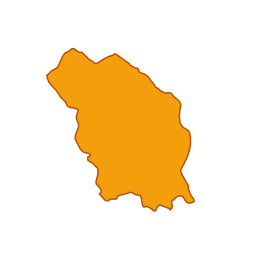 map outline of Kayah (Robinson projection), rotated 150°
{"feature_id": "MMR-2473", "entity_name": "Kayah", "entity_type": "State", "adm_level": 1, "iso_a3": "MMR", "parent_name": "Myanmar", "parent_adm1": "", "projection": "robinson", "projection_center": [97.388, 19.239], "detail": "fine", "context": "isolated", "style": "filled", "palette": "amber", "viewbox_px": 256, "rotation_deg": 150, "n_neighbors": 0, "source": "natural_earth", "source_scale": "10m", "svg_char_len": 2934}
<svg xmlns="http://www.w3.org/2000/svg" viewBox="0 0 256 256"><g transform="rotate(150 128 128)"><path d="M185.8,85.3L183.5,85.6L182.5,87.2L182.4,89.6L182.6,92.1L183.0,93.8L183.4,94.4L183.5,95.1L182.8,97.0L181.8,98.4L178.1,102.0L174.4,107.5L174.5,108.5L175.3,111.0L175.5,112.2L176.2,115.3L177.7,117.7L178.8,120.0L177.9,122.5L176.8,123.0L175.5,122.9L174.5,123.1L174.1,124.4L174.7,125.6L177.7,128.3L178.7,129.5L179.5,131.9L179.8,134.2L179.3,144.3L178.5,146.1L177.0,148.1L170.0,154.0L168.8,156.4L168.1,161.3L167.3,163.3L165.7,165.2L163.3,167.1L162.2,168.3L162.6,169.9L165.2,172.6L167.9,174.8L169.0,176.2L169.5,177.8L169.1,181.2L169.2,182.3L170.6,187.0L170.9,189.3L171.0,192.2L171.5,197.0L172.8,202.1L173.6,207.4L172.7,212.5L172.0,214.0L171.7,214.3L171.2,214.1L165.8,215.7L159.9,215.5L157.7,216.3L149.9,222.0L145.6,224.3L140.3,224.1L137.6,224.7L136.4,224.5L135.2,223.7L134.7,222.8L134.4,221.7L132.1,217.7L131.1,217.0L130.3,216.9L128.8,212.5L127.5,207.2L127.3,206.8L126.9,206.1L126.0,204.7L125.5,203.6L124.9,201.8L124.3,200.7L123.9,200.3L123.4,199.9L122.2,199.6L112.3,199.8L108.4,199.5L104.9,198.6L104.4,198.6L103.1,198.9L102.7,198.9L102.3,198.8L101.3,197.4L94.9,183.6L94.5,181.0L92.0,176.7L90.9,175.5L90.5,175.4L90.1,175.2L89.8,174.9L89.7,174.5L89.6,173.9L89.9,172.4L90.2,171.5L90.2,170.9L89.9,170.2L88.5,168.3L87.7,167.6L86.7,166.3L85.8,164.5L84.9,162.0L84.6,160.5L84.6,158.2L84.6,157.4L83.9,154.9L83.6,151.7L83.8,150.4L83.7,149.8L83.5,149.2L82.7,148.1L82.3,147.4L82.0,146.7L81.6,145.2L81.0,143.6L79.1,140.6L78.1,139.6L77.2,139.0L76.7,139.0L76.3,138.9L75.9,138.7L75.1,137.9L74.7,137.7L73.6,137.1L73.3,136.4L73.0,135.2L72.7,132.6L71.7,129.8L71.4,129.2L70.5,126.7L70.2,125.2L70.6,121.6L70.7,121.4L73.4,118.5L77.4,113.0L80.4,106.5L80.4,102.6L79.5,100.0L77.7,97.0L77.2,95.9L76.9,94.8L76.8,94.3L76.9,93.7L77.3,92.4L78.9,88.1L81.6,83.4L85.5,78.4L91.6,72.9L103.7,65.0L104.5,60.9L104.7,47.2L105.8,45.9L106.2,45.2L107.2,38.0L106.7,33.8L107.4,31.4L109.6,31.3L110.6,31.6L112.9,32.6L113.8,33.5L114.3,34.2L114.6,35.6L114.7,36.3L114.7,37.2L114.6,38.0L114.6,38.8L114.7,39.6L115.0,41.2L115.3,41.9L115.8,42.4L117.3,43.4L118.0,43.7L118.9,43.9L120.0,44.0L124.1,43.1L124.9,43.0L125.5,43.1L126.0,43.2L126.6,42.9L127.1,42.4L127.8,40.9L128.2,38.9L129.7,36.9L132.4,36.0L132.6,37.6L138.6,45.1L140.1,45.4L141.3,45.3L142.1,45.1L142.8,44.7L143.4,44.2L143.9,43.6L144.4,43.2L144.8,42.9L145.1,42.8L145.3,42.7L146.0,42.6L146.6,42.9L147.3,43.8L148.9,47.8L150.5,50.1L151.4,50.8L152.2,51.2L153.2,51.3L153.7,51.6L154.1,52.2L154.1,53.3L153.9,54.3L152.0,59.3L151.5,61.0L151.2,62.5L151.2,63.1L151.5,63.8L152.1,64.5L153.5,65.4L154.4,66.1L155.2,67.2L156.5,69.7L157.0,70.3L158.5,71.3L161.3,71.7L169.9,74.2L170.9,74.1L171.7,73.7L172.2,73.1L172.7,72.6L173.4,72.4L174.3,72.7L175.5,73.2L177.7,74.7L179.0,75.0L180.1,75.1L180.9,74.9L181.6,75.0L182.4,75.4L183.3,76.1L183.9,76.9L184.4,78.4L184.6,80.2L185.8,85.2L185.8,85.3Z" fill="#f59e0b" stroke="#b45309" stroke-width="1.5"/></g></svg>